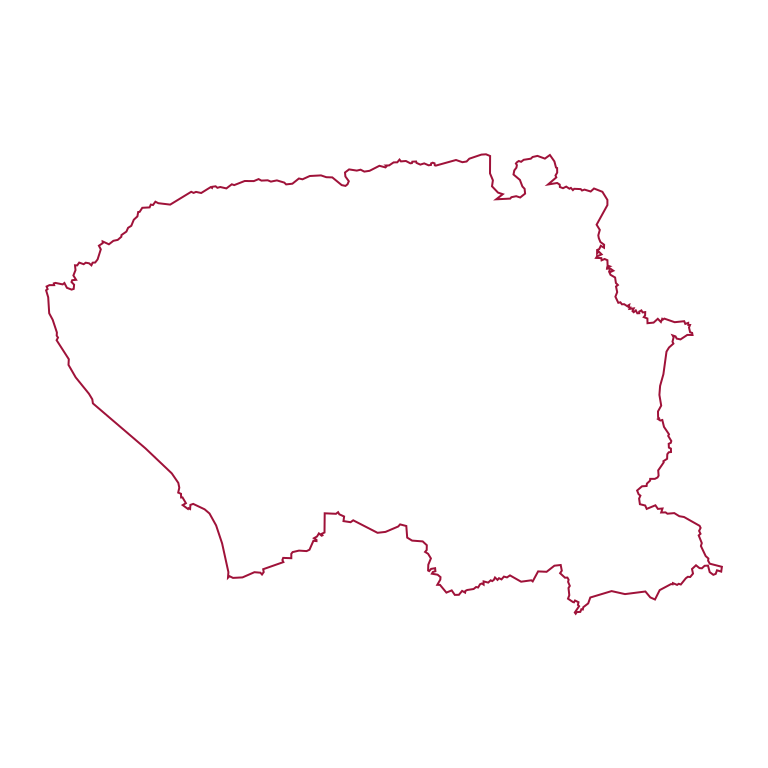 the district of Cabo Corrientes, Jalisco, Mexico
{"feature_id": "50627088B86222630376242", "entity_name": "Cabo Corrientes", "entity_type": "district", "adm_level": 2, "iso_a3": "MEX", "parent_name": "Mexico", "parent_adm1": "Jalisco", "projection": "albers", "projection_center": [-105.39, 20.333], "detail": "fine", "context": "isolated", "style": "outline", "palette": "rose", "viewbox_px": 768, "rotation_deg": 0, "n_neighbors": 0, "source": "geoboundaries", "source_scale": "gbopen_adm2", "svg_char_len": 6085}
<svg xmlns="http://www.w3.org/2000/svg" viewBox="0 0 768 768"><path d="M490.1,156.0L486.0,154.3L481.4,154.6L469.3,158.7L466.6,161.5L462.4,162.2L456.0,160.0L435.8,165.6L434.8,165.3L434.5,163.3L432.7,162.7L431.1,163.4L431.0,164.9L428.6,165.3L424.2,163.4L420.3,164.6L416.5,162.9L416.1,161.5L412.3,161.7L411.9,163.1L410.3,163.3L405.9,161.0L400.9,161.4L399.5,159.6L397.3,162.3L393.6,162.4L389.1,165.4L386.0,165.5L386.7,166.1L385.5,167.4L379.4,165.8L369.6,170.8L364.3,171.6L360.6,169.7L356.8,170.6L349.1,169.4L345.0,172.5L345.4,176.5L348.8,181.2L347.5,184.3L345.5,185.9L341.7,185.1L332.3,177.4L326.3,177.2L321.0,175.4L309.8,176.0L302.5,179.3L298.9,178.5L292.4,183.7L286.1,184.4L284.3,182.6L276.9,180.4L270.9,181.6L267.7,180.3L261.4,180.6L258.6,179.1L253.8,181.1L244.7,181.0L234.2,185.1L231.8,184.3L226.4,188.4L220.2,187.0L217.4,187.8L215.6,186.3L212.2,186.8L212.0,187.9L210.7,187.1L201.2,193.0L196.0,191.9L193.6,192.9L191.2,191.8L170.2,204.6L158.3,203.2L155.4,201.7L153.0,205.0L150.8,204.6L149.6,207.4L142.3,207.8L139.6,211.9L138.2,212.0L137.4,216.4L133.8,219.7L131.3,225.8L128.1,227.8L126.4,231.6L121.5,235.0L121.3,236.8L117.7,239.9L113.4,240.8L108.9,244.3L102.6,241.4L102.7,243.2L98.9,245.7L100.8,249.3L97.6,259.4L95.2,262.5L92.6,262.7L91.4,265.3L89.1,263.3L85.7,262.7L83.7,264.2L79.2,262.6L77.2,265.4L75.0,265.3L75.5,270.1L73.4,275.5L76.1,279.8L72.2,280.2L71.5,282.0L74.1,284.7L73.7,288.9L71.6,289.6L66.9,287.8L64.4,283.0L62.7,284.4L55.4,282.9L53.8,283.4L54.2,285.1L49.5,285.1L46.6,286.5L47.6,289.1L46.1,290.3L48.2,297.3L49.2,313.3L52.7,319.8L56.9,332.5L56.7,335.6L58.0,337.6L56.6,340.2L68.8,359.2L68.5,364.9L75.7,377.4L88.9,393.7L92.3,399.3L92.9,403.4L145.5,448.4L171.8,473.4L178.3,482.9L179.3,487.7L178.2,492.6L181.0,493.8L181.1,497.5L182.5,497.4L185.9,503.2L182.7,505.1L188.0,509.0L188.5,508.2L190.1,509.0L190.4,504.9L193.2,503.9L204.6,509.3L209.5,513.5L216.1,525.4L222.1,543.4L228.4,572.1L228.0,577.7L229.5,576.2L233.0,577.9L242.5,577.4L254.4,572.2L260.4,572.7L262.0,574.5L263.7,572.1L263.2,569.2L283.4,562.1L282.4,560.0L283.2,557.9L291.3,558.2L291.3,553.8L292.6,552.1L299.0,550.6L306.6,551.1L309.5,549.7L313.4,540.8L316.5,541.1L316.5,539.9L314.0,538.2L317.0,536.5L318.9,533.4L321.6,535.7L322.5,535.3L321.7,533.8L324.5,532.5L324.7,513.3L336.0,513.8L338.1,512.2L339.3,514.3L344.1,516.5L343.5,521.1L350.6,522.2L353.2,520.3L377.5,532.8L385.5,531.9L398.2,526.5L400.1,524.4L406.3,526.0L407.2,537.6L412.1,540.6L422.7,541.4L426.8,545.2L426.7,550.0L425.1,551.9L428.1,553.8L430.9,558.4L428.3,564.7L428.1,570.5L429.2,571.1L431.1,568.9L435.1,568.2L435.4,571.2L432.9,572.0L431.9,573.7L437.6,574.7L440.5,577.1L440.3,579.6L437.3,584.8L440.0,584.9L446.4,592.6L451.7,590.4L454.8,594.9L458.9,594.8L462.1,590.9L465.1,592.6L465.4,590.9L467.2,590.0L473.6,589.0L476.1,587.0L478.1,587.5L480.1,584.2L481.9,583.5L483.6,584.6L483.6,581.4L488.2,582.6L490.7,580.3L492.2,581.1L493.8,579.9L495.0,577.5L497.5,579.9L499.0,578.2L501.5,579.4L503.9,576.6L507.0,577.4L510.0,575.4L521.1,581.7L531.3,580.3L532.7,581.4L538.1,571.4L546.6,571.8L554.4,565.7L560.7,565.0L561.8,570.7L560.1,573.2L565.0,577.7L567.4,577.6L568.6,579.7L568.1,581.9L569.8,585.9L568.5,588.0L569.3,595.2L568.0,598.7L572.9,602.0L574.0,602.3L575.0,600.5L578.5,602.2L577.9,604.9L579.1,606.2L574.8,612.5L575.7,613.7L576.7,612.1L580.3,611.9L581.4,609.2L582.8,609.5L583.3,607.2L588.2,603.4L590.3,597.5L611.6,591.1L625.0,594.1L645.4,591.5L650.3,597.4L655.0,599.5L659.7,590.1L671.0,584.1L672.7,584.3L672.9,583.1L677.1,584.9L678.7,583.8L680.8,584.5L685.8,578.3L687.8,576.8L690.2,577.0L693.0,573.6L692.0,569.0L696.0,565.3L699.5,568.1L701.9,568.3L704.6,565.8L708.0,565.6L709.7,572.1L713.3,574.8L715.7,573.9L717.0,570.3L721.2,571.6L721.9,566.8L709.8,563.7L708.1,560.7L708.4,558.5L705.7,556.1L700.9,546.0L701.8,543.1L698.7,535.4L700.5,533.8L699.1,530.9L700.6,527.9L699.6,525.8L684.0,517.0L679.3,516.2L674.3,513.1L667.4,513.7L665.6,512.4L661.2,512.5L662.5,508.5L657.9,508.9L655.4,505.3L646.7,508.9L645.2,505.5L639.9,504.2L639.1,498.6L640.4,495.6L638.6,494.2L637.1,490.5L642.0,486.3L646.6,486.0L646.9,483.6L650.1,480.6L650.2,478.9L654.8,478.9L657.5,477.5L658.6,475.7L658.2,470.4L663.7,462.4L663.4,461.2L667.1,458.8L667.3,454.2L668.7,452.3L671.0,452.0L670.9,448.6L668.9,447.6L668.7,443.8L670.8,442.8L671.3,441.0L668.2,435.9L669.0,434.3L664.0,426.9L662.3,420.0L660.3,420.5L658.0,419.0L659.0,418.2L658.1,417.2L658.0,411.4L661.2,405.6L659.4,394.9L660.1,385.9L663.4,374.2L666.5,351.6L669.0,347.5L673.4,343.6L672.5,341.7L673.6,337.3L672.6,335.4L675.5,336.4L676.7,338.6L680.5,339.4L687.3,334.9L692.5,335.0L692.1,332.9L690.1,332.2L689.0,327.5L690.0,325.0L688.3,325.0L688.2,322.9L685.3,323.9L684.2,321.2L674.7,322.2L664.3,318.6L662.9,319.6L662.2,318.9L660.9,322.0L657.8,318.8L653.6,322.6L647.5,323.2L647.4,318.5L643.8,317.1L645.1,315.4L645.2,312.1L642.6,312.4L641.4,310.4L639.2,311.6L639.3,313.2L637.3,313.3L635.8,310.4L633.7,312.2L632.5,311.1L633.7,308.4L629.6,308.9L630.3,307.5L628.7,307.3L629.2,304.9L627.1,306.1L624.2,304.2L621.9,304.3L620.4,302.3L618.3,302.8L615.4,296.7L617.2,292.1L616.0,286.5L617.9,285.0L615.9,283.0L615.1,277.5L610.5,274.8L609.1,271.7L609.5,270.7L610.7,271.9L613.3,270.7L610.0,268.4L607.0,268.7L607.2,267.2L609.6,266.3L607.6,265.6L607.4,260.2L604.6,259.0L601.6,260.3L601.3,258.1L596.1,257.9L597.1,256.3L601.6,254.4L598.6,251.4L597.1,253.5L597.1,250.0L599.2,249.1L600.8,245.8L604.0,247.7L604.1,244.7L600.4,242.0L598.8,238.1L598.3,235.3L599.8,229.9L596.6,224.7L607.4,205.1L607.4,199.9L602.4,191.8L594.0,188.5L590.7,191.5L584.5,189.6L582.0,190.5L580.7,189.1L574.2,188.8L572.9,190.1L570.9,187.9L569.4,188.7L566.2,186.6L563.0,188.2L559.9,187.0L559.7,184.6L557.2,183.0L548.0,184.5L556.3,177.4L555.5,175.5L557.2,172.6L557.1,168.0L556.0,167.5L554.4,161.4L549.9,155.0L544.9,158.6L537.5,155.9L532.6,157.0L530.8,158.7L523.7,159.8L521.1,161.8L518.8,161.0L517.0,162.2L515.9,163.5L516.9,165.1L516.4,167.7L514.3,170.4L513.5,174.5L519.9,179.9L522.4,186.5L524.6,188.8L525.1,193.6L520.2,197.5L516.2,196.2L511.4,197.2L510.2,198.6L496.2,199.3L502.8,194.2L498.0,192.6L492.0,186.3L492.9,180.3L490.0,173.4L490.1,156.0Z" fill="none" stroke="#9f1239" stroke-width="2"/></svg>